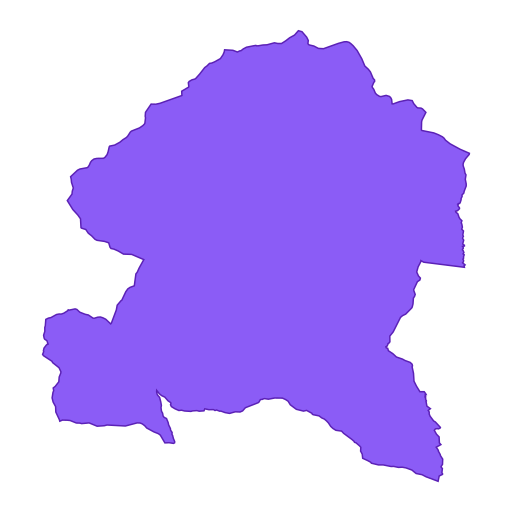 Barghis, Sibiu, Romania (Equal Earth projection)
{"feature_id": "2599482B31071590399697", "entity_name": "Barghis", "entity_type": "district", "adm_level": 2, "iso_a3": "ROU", "parent_name": "Romania", "parent_adm1": "Sibiu", "projection": "equal_earth", "projection_center": [24.511, 46.014], "detail": "fine", "context": "isolated", "style": "filled", "palette": "violet", "viewbox_px": 512, "rotation_deg": 0, "n_neighbors": 0, "source": "geoboundaries", "source_scale": "gbopen_adm2", "svg_char_len": 5973}
<svg xmlns="http://www.w3.org/2000/svg" viewBox="0 0 512 512"><path d="M442.5,464.4L442.7,459.1L440.5,455.7L440.2,454.5L438.3,451.0L438.4,450.4L436.2,447.2L440.9,444.6L439.4,442.9L439.1,436.9L436.5,434.2L434.3,430.3L435.4,428.9L437.3,428.6L438.3,428.9L440.0,428.2L440.4,427.4L435.4,422.0L433.6,420.9L430.1,416.2L429.2,414.0L429.2,412.0L428.2,410.4L430.4,408.7L426.9,406.1L426.0,401.2L426.4,400.9L425.5,399.0L425.7,398.5L425.0,397.0L425.7,396.8L425.1,395.0L426.2,394.7L425.6,393.6L424.2,391.7L419.9,391.7L416.5,386.2L414.0,381.2L413.5,373.3L412.1,366.8L412.5,365.9L412.1,364.2L410.2,362.4L405.0,360.5L402.5,359.1L396.4,357.0L393.1,353.9L388.4,350.7L387.7,348.3L386.2,347.8L385.9,346.7L387.0,346.2L387.9,344.4L388.0,343.6L389.4,342.7L389.9,341.7L389.8,336.1L393.2,331.9L400.5,317.4L402.6,315.6L405.7,314.1L411.7,308.0L412.2,307.1L413.0,303.9L413.4,298.1L414.5,296.5L415.2,294.4L413.8,290.5L413.7,289.6L417.4,281.7L419.9,280.0L420.4,278.1L418.5,276.0L416.7,272.0L418.1,266.9L420.8,261.7L420.9,260.6L423.7,262.2L464.4,267.3L464.1,265.8L465.1,264.9L462.6,262.8L463.4,261.8L463.6,260.3L462.9,259.2L463.6,258.2L463.5,256.8L464.2,254.8L463.1,253.9L463.9,252.5L463.1,250.5L462.5,250.0L462.5,249.3L463.3,248.3L463.1,247.0L462.6,246.4L464.4,246.0L464.4,245.2L463.1,244.5L462.8,243.6L463.7,240.1L462.6,238.4L462.8,237.3L463.4,236.4L462.8,235.0L463.5,231.0L461.7,229.2L462.4,227.2L461.8,224.0L461.2,222.9L461.9,220.7L460.0,218.9L459.0,217.2L457.8,213.7L456.0,212.3L455.6,211.2L457.5,210.7L459.5,208.7L459.4,207.7L457.9,205.8L458.2,204.7L457.7,204.2L458.5,203.5L459.6,203.5L460.2,202.6L461.1,199.8L461.1,198.5L462.1,196.5L462.0,195.0L463.8,193.1L464.2,191.2L466.2,186.0L466.2,183.9L465.3,179.3L466.0,174.9L465.0,173.1L464.3,169.1L463.2,165.9L463.1,164.2L463.5,162.5L465.5,158.8L469.2,154.4L469.4,153.3L460.2,149.3L450.1,143.8L445.5,140.2L444.0,138.1L442.4,136.8L438.3,134.7L433.8,132.9L421.9,130.5L421.4,130.0L421.6,121.9L422.0,120.1L425.9,112.4L422.5,108.9L421.0,108.1L417.8,107.9L416.9,107.4L413.7,103.6L412.2,100.6L407.9,99.9L399.6,101.6L393.2,103.9L392.1,103.8L391.6,99.4L390.6,97.5L389.4,96.4L386.1,95.4L381.0,96.6L379.6,96.4L376.7,94.6L375.3,93.0L373.8,89.4L372.3,87.3L372.1,86.4L373.9,82.2L374.6,81.6L374.6,80.0L373.1,78.3L370.4,71.9L368.3,69.2L364.8,66.0L361.8,58.8L357.1,50.5L353.1,45.7L350.7,43.5L349.0,42.3L346.7,41.7L344.1,41.8L338.3,43.4L323.5,48.7L318.4,48.4L313.8,46.0L309.1,44.9L308.4,44.3L307.9,43.5L308.3,40.5L306.7,37.2L302.0,31.7L298.4,30.7L294.5,35.1L289.6,37.8L285.6,40.9L281.5,43.5L277.8,43.5L274.4,42.8L267.0,44.8L262.9,45.0L258.2,45.8L256.3,45.8L255.9,45.4L253.0,45.9L246.5,47.2L243.3,48.9L241.0,50.7L239.7,50.9L237.4,52.0L232.9,50.3L224.6,49.8L224.2,52.0L223.0,54.8L220.4,58.6L214.5,61.9L211.6,63.1L209.5,63.4L207.0,65.9L204.7,67.6L199.8,73.9L195.7,78.5L194.7,79.1L192.0,79.8L189.2,81.4L188.3,82.7L188.8,86.5L188.6,87.1L181.7,91.2L181.9,95.5L160.0,103.3L155.8,104.2L151.1,104.1L145.5,112.3L145.2,116.2L145.5,117.9L144.9,123.0L144.6,123.8L143.0,125.5L139.5,127.9L131.4,131.1L130.3,132.1L127.8,136.0L126.4,137.5L122.9,139.7L119.9,142.2L114.6,145.1L109.7,146.1L109.2,146.9L108.1,151.8L107.1,154.6L104.9,157.4L103.5,158.3L97.0,158.4L94.0,159.0L91.7,160.7L90.5,162.3L89.2,165.3L87.9,167.2L87.1,167.7L79.9,169.0L77.5,170.2L70.6,176.7L71.2,179.1L71.5,182.3L73.3,188.0L72.3,191.1L72.0,194.1L67.3,200.6L72.8,209.5L77.9,215.1L80.5,218.8L81.0,227.6L81.4,228.1L85.8,229.5L88.3,233.2L91.6,235.8L95.0,239.3L97.0,240.3L104.5,241.4L108.7,242.8L110.0,247.2L111.0,248.5L113.9,249.1L118.2,251.0L123.5,254.1L131.7,254.4L143.8,259.6L139.1,268.1L137.2,272.3L135.9,273.9L134.3,285.8L130.0,287.4L127.8,288.9L125.8,291.7L121.8,300.2L121.0,300.7L117.2,305.2L116.3,310.0L111.4,323.1L110.7,323.9L105.7,319.2L102.9,317.8L100.4,317.0L97.7,317.2L94.1,318.3L93.0,318.1L88.4,315.0L85.2,314.3L79.8,312.2L76.8,309.4L75.1,308.9L69.2,310.1L68.2,309.8L67.7,310.7L63.8,313.2L61.2,314.1L59.2,314.0L56.5,314.5L50.9,317.6L48.4,318.1L45.8,319.4L45.3,325.8L44.8,327.4L44.8,331.4L43.6,335.2L44.1,338.0L44.6,339.1L46.9,340.7L48.1,344.1L47.8,344.3L47.5,344.0L46.3,345.1L44.0,348.1L43.4,350.8L43.7,351.6L42.6,354.4L43.5,355.7L52.0,361.3L52.6,362.6L59.0,367.7L60.9,371.7L60.8,373.0L59.2,377.0L58.8,381.8L55.2,386.4L53.2,388.0L53.7,390.7L53.0,392.3L52.1,397.9L53.1,402.0L55.6,406.6L55.8,412.0L59.4,419.7L59.8,421.2L62.4,420.1L67.2,420.2L70.1,420.5L76.3,423.0L79.9,423.1L81.6,423.6L89.1,422.9L97.1,426.2L104.4,425.7L107.0,425.0L125.4,426.0L137.1,422.9L140.1,423.0L142.3,423.9L144.7,425.7L146.7,428.0L153.9,431.9L158.4,433.7L160.3,435.1L164.9,442.9L169.1,442.7L173.5,443.4L174.6,442.8L174.7,441.6L173.4,438.5L172.6,435.4L172.0,434.5L172.1,432.4L170.6,430.2L170.4,428.5L168.6,424.8L168.2,422.7L166.5,418.5L164.2,417.4L163.1,416.0L162.6,413.2L161.5,411.2L161.0,407.6L161.4,405.4L160.7,401.6L159.6,397.4L157.5,395.0L156.9,393.4L156.6,391.8L156.7,390.4L159.3,393.7L161.6,395.6L164.8,397.1L168.0,400.8L170.7,402.6L170.9,403.8L170.5,404.7L171.4,406.6L175.0,408.8L178.9,410.5L181.5,410.2L184.6,411.0L190.9,411.4L192.6,410.9L196.9,410.6L199.2,411.2L203.3,410.9L204.0,410.8L204.8,408.8L208.9,409.7L213.5,409.6L215.0,410.5L216.5,410.0L219.7,411.2L220.9,411.1L225.1,412.6L229.6,413.4L235.3,411.8L240.1,412.0L242.6,410.9L245.4,407.7L258.2,402.7L259.1,401.9L260.3,399.7L260.7,399.5L262.7,399.3L263.1,398.9L264.6,398.6L268.4,399.2L274.7,398.0L282.4,398.1L285.5,399.5L288.1,401.2L290.3,404.8L296.3,409.3L303.5,411.1L306.6,410.4L311.9,413.3L312.3,414.2L313.2,414.7L319.1,415.9L321.7,417.9L324.4,419.1L326.5,420.9L328.4,422.9L330.7,426.4L333.0,428.5L335.9,430.3L341.6,431.1L343.6,433.3L352.1,439.6L354.1,441.4L354.5,442.3L356.0,442.8L359.6,445.9L360.8,447.3L360.6,451.1L362.2,454.1L362.7,458.3L367.7,460.6L370.6,462.2L371.4,463.2L378.4,464.9L383.1,464.9L391.1,466.5L393.7,466.4L398.5,467.4L402.2,467.2L406.0,467.9L411.8,470.0L416.1,473.5L422.1,474.7L426.1,476.8L438.1,481.3L439.2,476.0L442.5,474.4L442.6,473.9L441.9,472.7L442.4,468.5L441.2,467.2L441.1,466.5L442.5,464.4Z" fill="#8b5cf6" stroke="#5b21b6" stroke-width="1.5"/></svg>